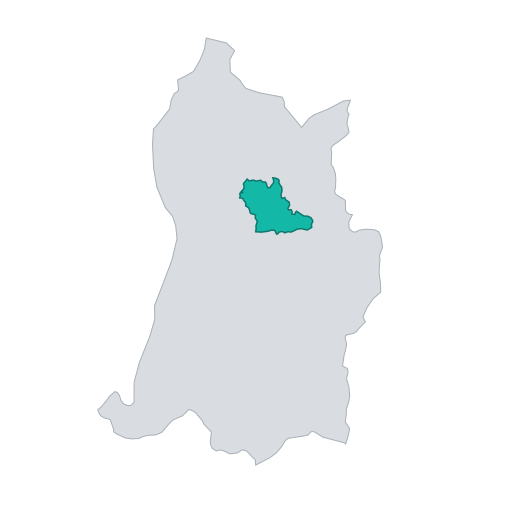 location of Sliven within Bulgaria, rotated 280°
{"feature_id": "BGR-2231", "entity_name": "Sliven", "entity_type": "Province", "adm_level": 1, "iso_a3": "BGR", "parent_name": "Bulgaria", "parent_adm1": "", "projection": "equal_earth", "projection_center": [26.271, 42.597], "detail": "fine", "context": "in_parent", "style": "filled", "palette": "teal", "viewbox_px": 512, "rotation_deg": 280, "n_neighbors": 0, "source": "natural_earth", "source_scale": "10m", "svg_char_len": 3600}
<svg xmlns="http://www.w3.org/2000/svg" viewBox="0 0 512 512"><g transform="rotate(280 256 256)"><path d="M425.9,321.9L416.9,320.3L413.8,320.8L411.8,323.0L407.6,322.5L402.5,322.5L397.1,325.0L394.1,326.1L390.1,323.8L382.6,317.0L378.1,312.3L374.7,311.1L371.4,312.5L359.3,314.1L356.5,316.8L350.9,319.9L345.3,321.3L337.3,322.4L333.0,322.2L330.7,323.7L328.7,328.2L327.3,332.5L326.1,334.3L316.1,336.4L313.9,338.9L313.3,341.4L313.5,343.8L305.5,341.4L299.3,343.0L297.8,344.9L296.5,347.6L297.2,350.5L299.5,353.3L301.7,360.8L302.4,368.4L301.1,372.7L296.5,375.7L287.0,379.1L277.7,377.5L273.7,378.8L266.8,379.3L260.5,380.2L250.9,383.3L242.1,385.1L234.3,378.8L225.0,374.5L215.2,371.9L211.8,373.8L210.3,375.2L202.2,369.7L198.6,367.7L196.8,365.5L193.5,358.1L191.4,357.9L184.7,360.6L178.2,360.5L174.3,360.0L162.7,360.3L161.1,365.4L159.6,366.2L157.1,366.8L150.9,366.5L143.0,370.3L134.5,372.6L127.8,372.6L121.0,371.5L116.9,372.3L108.1,372.7L102.4,378.2L93.8,377.9L86.5,377.0L87.4,375.2L89.2,353.5L93.0,343.8L92.9,341.8L92.1,340.3L89.0,338.7L86.7,333.5L82.2,319.7L79.5,317.0L72.0,314.0L65.5,310.1L60.0,304.9L50.0,292.0L55.2,290.7L56.8,288.1L62.1,281.0L62.8,277.5L62.3,275.5L58.9,272.1L56.6,264.7L58.6,257.8L58.8,254.2L57.1,250.7L59.0,246.3L62.8,243.9L65.1,243.2L74.9,242.7L81.2,234.0L85.0,231.2L89.0,226.2L90.8,224.4L92.6,220.6L93.2,216.6L85.6,211.1L83.0,206.9L79.7,202.3L75.1,199.2L65.9,193.8L62.3,188.2L60.8,181.1L58.4,175.7L55.8,172.2L55.3,169.3L54.3,165.8L54.1,158.9L56.5,149.8L58.0,146.5L61.2,145.6L69.7,140.7L70.2,134.5L71.8,130.6L74.5,128.4L77.0,126.9L81.5,130.5L92.6,136.3L97.9,140.5L97.6,143.1L95.0,145.7L90.1,148.2L87.2,151.6L86.4,155.8L87.1,158.7L90.4,161.3L110.5,157.9L130.8,159.6L158.0,165.3L176.1,167.3L189.5,164.7L214.2,169.5L237.2,173.9L259.4,175.2L271.8,171.7L280.5,167.0L288.0,158.2L306.5,146.5L324.4,140.0L347.9,134.7L363.5,132.9L365.7,134.7L385.7,145.4L394.6,145.4L401.8,147.3L404.5,150.2L406.3,150.9L415.8,148.2L420.1,154.1L426.8,162.3L438.1,166.5L448.2,168.9L451.4,169.3L462.0,169.1L460.7,189.7L454.5,199.3L444.9,196.1L432.7,198.8L426.3,209.7L422.6,213.0L419.3,216.8L417.3,231.0L417.0,254.3L412.4,257.2L408.1,258.0L390.5,278.6L400.8,284.4L405.3,288.8L412.9,301.1L423.8,315.1L425.9,321.9Z" fill="#d9dde1" stroke="#a8b0b8" stroke-width="1"/><path d="M293.8,305.9L290.5,302.0L290.8,295.7L289.5,291.8L286.4,287.6L285.5,285.7L285.6,283.5L283.8,280.2L284.6,278.5L284.4,276.4L283.3,274.3L281.8,273.8L281.1,272.5L284.5,270.0L284.2,266.9L282.4,263.4L280.5,257.3L279.8,251.5L282.8,251.4L285.8,250.7L290.1,251.3L291.6,250.3L292.9,248.8L294.5,248.5L296.0,248.5L296.8,246.6L296.7,244.1L297.7,242.6L299.3,242.1L302.1,240.5L303.6,237.1L305.4,236.9L307.1,236.3L307.9,235.1L308.9,234.0L310.0,233.5L310.4,232.3L310.5,231.0L310.4,229.8L311.5,230.0L312.6,230.0L314.4,229.2L316.1,229.9L315.8,230.9L316.2,231.9L316.9,231.5L317.4,230.6L319.9,232.2L321.6,232.3L323.2,232.0L324.7,231.1L326.1,231.6L328.1,232.9L330.2,233.9L328.7,236.4L330.0,239.3L330.3,241.0L329.7,243.0L330.6,245.3L331.4,247.5L330.4,248.8L330.1,250.4L330.5,252.5L328.9,253.8L326.9,254.6L325.2,256.0L326.1,258.2L328.2,258.9L329.8,259.9L331.4,260.7L333.7,260.1L335.9,259.0L336.1,261.8L335.5,264.4L334.8,265.3L333.9,265.8L332.1,265.5L331.5,266.4L330.6,267.0L329.5,267.9L328.5,269.2L324.7,270.3L320.9,270.0L319.0,270.4L317.2,271.6L317.9,273.0L318.6,274.2L317.4,274.8L316.3,275.8L314.9,279.3L311.8,280.3L308.5,279.1L307.1,279.9L307.7,282.6L305.8,283.9L303.4,284.1L303.8,287.2L305.9,287.3L307.1,288.2L303.7,296.1L304.2,300.3L303.2,303.5L300.8,305.6L299.2,305.9L297.8,305.2L295.9,305.3L293.8,305.9Z" fill="#14b8a6" stroke="#0f766e" stroke-width="1.5"/></g></svg>